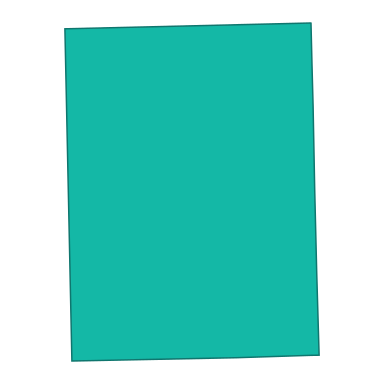 the district of Grundy, Illinois, United States of America
{"feature_id": "52423323B76821176923110", "entity_name": "Grundy", "entity_type": "district", "adm_level": 2, "iso_a3": "USA", "parent_name": "United States of America", "parent_adm1": "Illinois", "projection": "mercator", "projection_center": [-88.344, 41.286], "detail": "fine", "context": "isolated", "style": "filled", "palette": "teal", "viewbox_px": 384, "rotation_deg": 0, "n_neighbors": 0, "source": "geoboundaries", "source_scale": "gbopen_adm2", "svg_char_len": 268}
<svg xmlns="http://www.w3.org/2000/svg" viewBox="0 0 384 384"><path d="M64.9,28.8L71.9,361.0L236.7,357.7L311.5,355.3L319.1,355.2L316.7,272.3L314.7,189.5L313.1,106.4L312.0,65.0L311.0,23.3L310.9,23.0L64.9,28.8Z" fill="#14b8a6" stroke="#0f766e" stroke-width="1.5"/></svg>